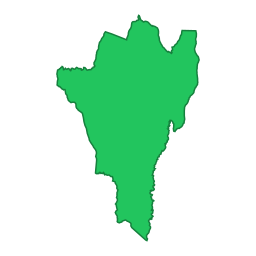 Luziânia, Goiás, Brazil
{"feature_id": "56859067B22325877983857", "entity_name": "Luziânia", "entity_type": "district", "adm_level": 2, "iso_a3": "BRA", "parent_name": "Brazil", "parent_adm1": "Goiás", "projection": "equal_earth", "projection_center": [-47.986, -16.555], "detail": "fine", "context": "isolated", "style": "filled", "palette": "green", "viewbox_px": 256, "rotation_deg": 0, "n_neighbors": 0, "source": "geoboundaries", "source_scale": "gbopen_adm2", "svg_char_len": 5786}
<svg xmlns="http://www.w3.org/2000/svg" viewBox="0 0 256 256"><path d="M62.1,66.5L61.8,67.2L60.9,67.5L60.4,68.4L59.5,68.8L59.2,69.4L58.3,69.7L57.6,70.1L56.9,74.1L57.3,75.6L57.3,76.8L57.7,77.8L58.0,79.1L57.6,80.2L57.3,82.1L57.3,83.3L57.1,84.9L57.4,85.5L58.6,86.0L59.1,86.7L59.9,86.7L62.2,89.1L62.8,89.2L63.6,89.9L64.1,89.6L65.0,89.6L65.7,93.6L66.2,94.5L66.9,95.1L67.2,96.1L67.2,97.3L67.9,98.8L68.2,100.1L69.2,101.2L71.0,102.6L72.5,102.2L73.6,102.2L74.5,102.3L75.1,102.8L75.9,103.9L76.1,107.0L76.7,108.3L77.7,109.2L78.2,110.1L81.8,112.7L82.4,113.4L83.4,117.7L84.0,121.7L85.0,125.4L86.4,128.4L87.3,133.4L89.1,138.5L89.3,140.0L90.9,142.8L93.0,145.8L93.5,147.0L95.6,149.8L96.3,151.5L96.5,153.2L95.7,156.6L96.2,157.5L96.6,158.9L96.6,160.6L95.5,173.0L96.3,173.7L97.3,173.5L98.0,173.8L98.6,173.2L99.2,173.0L99.7,172.5L100.1,173.3L100.7,172.7L101.3,173.3L102.0,173.4L102.6,173.1L103.0,173.5L103.6,172.6L104.3,173.6L104.7,174.8L106.1,174.4L106.7,175.0L107.5,175.2L109.0,175.0L111.0,176.6L112.4,176.6L113.1,179.2L112.6,181.0L115.0,181.7L115.4,183.5L116.3,184.6L116.9,186.0L117.0,186.9L116.8,188.0L117.0,188.8L117.8,189.5L117.9,190.2L117.5,190.9L117.5,191.7L117.1,192.4L116.9,193.1L117.2,194.0L116.9,194.7L117.1,195.7L116.5,197.7L117.3,198.6L117.4,200.6L116.2,203.1L115.5,204.0L116.1,204.5L116.8,208.1L117.4,209.8L116.2,210.8L115.3,212.5L116.2,214.5L117.1,215.7L117.3,216.7L117.2,218.0L117.7,218.9L117.4,219.6L117.4,220.8L117.2,221.6L117.7,222.2L118.9,222.7L119.6,222.8L120.3,222.4L121.8,222.0L122.3,221.1L125.4,220.0L126.3,220.4L127.2,221.2L128.3,221.5L130.5,222.9L130.9,223.4L131.0,224.4L130.9,225.3L131.0,226.2L131.9,227.7L145.7,240.0L146.9,240.6L147.5,238.9L146.8,238.1L146.5,235.9L146.7,235.2L147.6,233.9L148.3,233.3L148.8,232.6L149.4,230.3L150.5,228.0L150.5,226.9L149.4,225.2L150.0,224.0L149.5,223.1L149.3,222.4L148.7,221.5L148.6,220.7L150.2,218.7L151.0,219.4L151.9,218.9L151.5,217.6L152.3,217.1L153.0,216.3L152.6,215.8L152.0,215.5L151.3,214.1L152.7,213.0L152.7,212.0L153.1,210.3L152.3,210.2L151.5,210.3L151.8,209.4L152.5,209.0L152.3,208.1L152.5,207.2L152.1,205.8L151.8,205.1L152.5,203.6L152.4,202.7L152.9,201.3L153.8,200.8L153.1,200.1L152.1,200.0L151.6,199.3L151.7,198.2L151.2,197.7L150.8,196.5L151.3,196.0L152.0,195.7L152.4,194.8L151.7,194.3L150.6,194.3L149.9,193.1L150.2,192.2L151.2,191.1L150.6,190.5L151.3,190.2L152.8,190.7L154.2,189.6L154.1,188.6L153.0,187.1L153.2,185.8L154.2,185.7L154.6,184.9L154.0,184.3L153.7,183.4L153.7,182.3L154.3,181.6L154.1,180.7L153.6,180.1L153.4,179.3L153.4,178.6L153.0,177.6L153.2,176.7L153.6,175.9L153.0,175.2L152.3,175.2L153.4,171.8L153.1,171.3L153.5,170.6L154.4,170.2L154.5,169.3L155.2,168.7L154.5,168.4L154.1,167.8L154.7,166.1L154.3,165.6L154.7,164.9L155.7,163.9L156.0,162.4L156.7,161.0L156.7,159.7L157.8,159.4L157.5,158.4L157.8,157.4L158.3,156.9L159.2,156.7L159.1,155.7L159.4,155.0L160.5,154.1L161.1,153.9L161.0,152.8L161.5,152.2L162.1,150.7L162.6,151.1L163.2,151.0L164.3,149.8L165.6,147.8L165.7,147.0L165.2,145.5L165.2,144.7L165.7,144.3L165.2,143.6L166.2,143.2L166.7,142.2L167.3,141.9L167.2,140.4L168.0,140.0L168.4,139.4L168.4,138.1L168.2,137.3L167.7,136.8L167.6,135.7L167.8,135.0L168.6,133.8L168.8,132.6L168.7,131.7L169.1,130.4L167.8,129.0L168.4,128.9L168.7,128.1L168.0,127.0L168.3,126.2L169.2,126.3L169.7,125.6L169.0,125.0L169.0,124.0L169.6,123.7L169.9,123.1L170.2,122.4L170.2,121.6L169.2,121.7L170.1,120.3L170.7,120.8L171.3,120.5L172.4,121.5L172.9,122.4L173.1,123.3L173.8,123.9L173.7,127.0L173.3,128.9L173.6,129.6L173.6,130.5L173.9,131.3L175.0,131.5L175.4,130.6L176.1,130.0L176.4,129.3L177.7,128.5L178.5,128.3L179.1,128.4L181.6,126.7L182.5,125.5L183.3,123.4L184.1,123.0L184.1,121.8L184.7,119.2L184.3,115.6L184.3,110.9L184.6,107.1L185.7,104.8L186.3,104.5L187.6,102.7L188.4,100.6L188.4,99.8L188.9,99.4L189.1,97.9L189.8,97.3L190.3,96.0L192.1,94.6L193.6,92.9L194.0,91.9L194.0,91.0L195.2,87.8L195.7,87.6L196.1,86.6L197.5,84.5L197.5,83.6L197.8,82.2L197.6,81.2L197.6,78.6L196.9,73.2L197.0,72.3L196.8,71.1L196.8,69.8L197.0,69.1L197.2,67.8L197.0,67.1L197.3,65.9L197.3,64.7L197.9,62.9L198.4,62.1L198.7,60.9L199.1,60.0L198.4,57.1L198.0,56.3L197.4,55.9L195.3,52.4L194.6,49.8L194.6,48.1L195.1,47.0L195.3,45.9L196.2,43.4L196.0,42.4L196.1,41.6L195.7,40.1L195.6,38.9L196.3,36.6L196.4,33.7L195.8,30.8L182.1,30.5L181.8,31.8L181.5,34.3L181.2,35.0L180.7,35.3L179.4,39.6L177.7,41.6L176.9,43.5L175.0,44.9L174.0,46.7L172.0,47.2L172.3,48.1L172.6,49.9L171.8,50.4L171.5,51.0L171.4,51.7L172.0,52.7L171.4,53.4L170.5,52.7L168.4,51.5L167.9,52.0L166.1,50.6L165.8,50.0L164.7,48.9L164.3,48.2L162.7,46.9L161.6,44.7L160.9,43.8L160.6,42.9L160.2,42.3L159.4,40.3L159.3,38.5L158.9,36.8L158.4,35.9L158.3,34.5L158.5,33.5L158.5,31.1L158.2,29.8L157.4,28.0L154.8,26.4L153.3,26.1L152.8,25.7L152.4,26.2L151.5,25.7L149.0,23.3L148.6,22.6L147.3,21.8L145.7,21.3L144.8,21.4L143.7,22.0L142.8,21.5L142.4,20.9L141.7,20.7L141.0,20.1L140.3,18.7L139.6,16.5L139.2,15.7L138.7,15.4L138.0,17.1L138.9,19.6L137.9,20.4L137.4,20.2L136.7,20.5L136.2,21.2L135.6,21.5L132.9,21.7L132.0,22.5L131.7,23.6L131.3,26.7L130.7,28.3L130.3,29.0L129.7,29.5L129.5,30.2L129.0,30.8L128.4,32.8L128.2,35.0L126.9,38.1L126.6,39.8L111.9,34.0L105.4,31.8L104.1,33.7L103.9,34.5L103.9,35.3L103.6,36.2L101.7,38.6L100.8,40.8L99.5,42.4L98.6,46.4L98.5,49.1L97.4,50.5L96.6,52.6L96.6,53.9L96.2,55.0L96.2,56.1L96.0,57.5L96.0,58.6L95.2,60.6L94.0,62.8L94.1,64.9L94.7,65.4L94.8,66.2L94.4,66.9L93.2,67.1L92.5,68.4L91.9,68.3L90.9,69.7L89.5,69.6L88.9,69.9L88.3,69.8L87.2,70.2L86.6,69.7L86.2,69.0L84.9,67.6L83.7,67.5L83.3,69.4L81.7,70.2L81.2,69.9L81.1,68.7L79.7,68.5L78.8,68.7L76.7,67.4L75.4,68.4L74.9,69.2L74.1,69.2L72.6,68.3L72.0,68.3L71.3,68.5L71.2,69.8L70.7,70.7L70.1,70.4L69.7,69.4L68.5,68.5L67.8,68.7L66.9,69.4L66.4,69.2L65.3,68.2L64.4,69.5L63.5,69.7L63.3,68.4L63.1,67.6L62.7,66.8L62.1,66.5Z" fill="#22c55e" stroke="#15803d" stroke-width="1.5"/></svg>